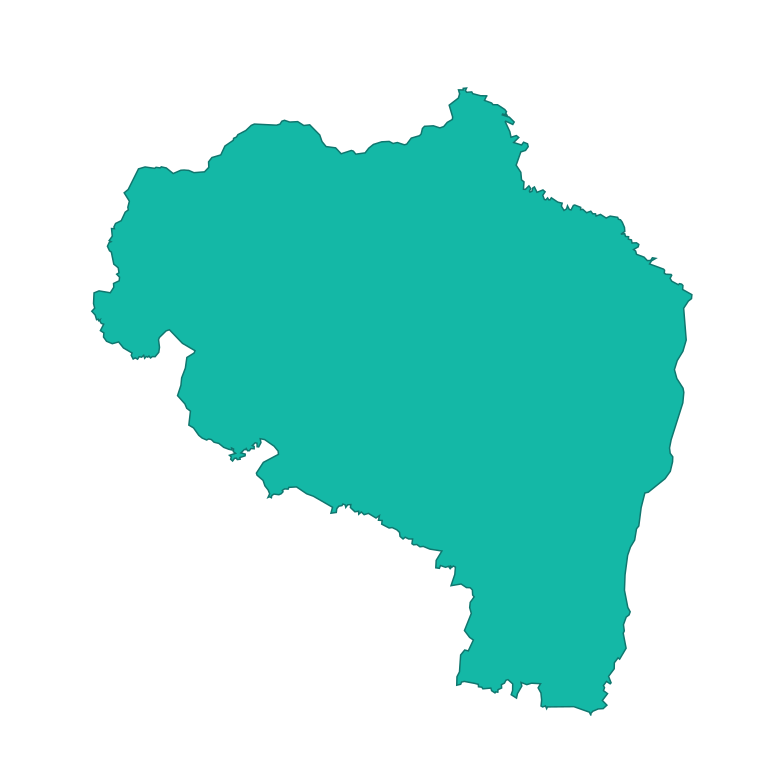 outline of Kuningan, Jawa Barat, Indonesia, rotated 187°
{"feature_id": "22746128B44289127403365", "entity_name": "Kuningan", "entity_type": "district", "adm_level": 2, "iso_a3": "IDN", "parent_name": "Indonesia", "parent_adm1": "Jawa Barat", "projection": "orthographic", "projection_center": [108.582, -6.988], "detail": "fine", "context": "isolated", "style": "filled", "palette": "teal", "viewbox_px": 768, "rotation_deg": 187, "n_neighbors": 0, "source": "geoboundaries", "source_scale": "gbopen_adm2", "svg_char_len": 6101}
<svg xmlns="http://www.w3.org/2000/svg" viewBox="0 0 768 768"><g transform="rotate(187 384 384)"><path d="M636.0,378.2L634.1,379.6L631.6,378.6L630.3,381.3L627.8,381.1L626.0,383.2L624.7,380.4L623.4,382.3L621.7,381.9L620.7,383.1L618.9,381.4L617.2,383.0L614.5,383.2L611.4,388.0L611.3,393.1L613.2,400.5L612.6,402.8L606.7,410.2L603.6,411.7L589.0,399.8L575.6,394.0L576.3,391.6L582.9,386.3L583.1,375.5L585.6,365.4L585.4,358.0L587.5,347.3L579.2,340.0L576.8,335.8L572.8,333.5L572.7,319.4L567.7,317.2L561.6,310.5L558.0,308.2L553.2,306.8L551.3,308.1L548.6,307.8L545.6,305.5L540.7,304.9L535.4,301.6L530.2,300.3L526.9,300.0L527.5,301.9L525.4,301.2L525.3,298.5L522.9,297.1L528.7,294.4L526.7,293.0L527.0,290.6L524.9,289.1L523.3,292.0L521.6,292.4L520.4,291.1L517.6,291.8L518.1,293.4L513.1,295.8L513.2,297.5L517.6,298.2L514.6,302.0L513.3,302.0L512.9,303.1L511.2,301.1L509.5,301.4L508.2,303.7L505.0,303.9L505.3,306.3L507.2,306.8L504.7,310.0L502.8,309.7L502.3,306.3L500.7,306.3L499.0,310.8L500.2,314.6L495.7,314.3L485.5,308.9L480.9,304.5L480.2,301.3L494.2,291.5L499.8,280.0L498.9,278.0L492.3,273.6L489.8,268.4L486.1,264.7L484.1,261.1L485.3,257.3L484.0,258.1L481.9,257.4L481.8,259.6L479.8,261.3L474.8,261.3L472.6,262.6L471.1,264.7L472.0,265.9L469.9,267.8L466.3,268.0L465.9,269.8L458.3,271.2L447.4,265.6L440.4,264.0L420.1,255.4L420.9,249.3L415.7,250.7L415.7,254.4L414.0,257.2L410.9,258.2L410.1,259.9L407.7,259.2L406.9,256.9L405.3,259.7L402.2,260.3L402.3,257.3L397.3,253.6L393.7,254.6L393.2,251.7L390.9,254.2L387.8,251.9L383.7,253.7L375.6,250.0L372.5,252.8L372.9,248.1L369.2,248.3L369.2,244.6L361.4,241.7L358.4,242.5L353.6,240.9L350.5,238.6L349.5,234.7L346.2,232.5L344.3,234.5L340.7,233.2L336.7,233.6L336.8,228.9L335.1,228.0L331.8,228.7L328.5,226.8L325.2,227.6L318.3,225.7L306.2,225.3L310.7,215.3L310.2,207.9L306.6,207.8L305.8,210.7L300.6,209.6L297.8,210.9L295.8,208.8L295.1,209.8L296.6,211.9L294.1,210.6L293.0,211.8L290.8,210.9L290.5,203.7L292.9,192.0L283.1,194.9L277.4,192.0L273.6,192.3L271.2,190.4L270.3,185.4L268.6,183.7L271.8,177.8L271.7,172.5L269.4,166.9L274.1,149.1L268.1,142.9L264.1,140.8L267.8,129.4L271.5,129.8L274.9,124.4L274.0,107.5L275.9,102.3L275.1,93.9L271.3,95.3L270.7,97.6L268.1,98.6L257.5,97.9L253.8,97.4L253.3,95.0L250.0,95.0L248.7,93.5L240.9,95.2L239.8,92.7L236.2,90.9L235.6,92.0L233.5,92.0L233.6,94.5L230.2,96.6L230.8,99.9L228.0,101.8L226.8,104.9L224.9,105.7L219.7,102.0L219.0,95.4L219.9,91.1L214.2,88.4L213.8,92.9L210.4,101.0L211.6,104.5L205.6,103.0L201.2,105.0L192.1,105.6L194.0,101.2L190.6,96.5L189.0,89.5L188.9,83.5L187.2,82.8L184.5,84.1L183.0,81.6L182.5,83.4L156.2,86.9L140.1,83.3L138.2,80.2L138.6,82.1L136.9,84.6L131.8,87.6L126.9,88.5L123.6,92.4L128.7,96.5L124.4,103.9L128.8,106.4L128.1,109.5L129.5,111.4L126.9,115.9L123.0,114.0L122.2,115.1L125.5,121.2L120.8,129.4L121.4,135.4L118.3,140.7L116.6,139.6L111.5,151.2L116.2,165.8L115.4,168.2L117.0,174.3L115.2,182.2L112.6,184.7L111.9,187.9L114.8,192.0L120.2,208.6L121.5,224.0L121.3,243.6L119.5,252.2L116.2,259.6L115.7,271.1L113.8,274.1L113.7,292.7L111.8,307.6L108.5,308.8L93.5,324.3L89.2,332.2L88.1,341.9L88.5,346.9L91.5,350.1L92.8,355.3L92.2,363.7L85.1,401.7L85.4,412.2L86.7,416.3L94.0,425.1L97.5,433.7L95.8,443.0L91.3,452.9L89.4,464.5L95.8,495.7L92.0,503.4L89.2,506.2L89.3,510.2L99.1,514.2L99.3,518.2L100.8,519.4L103.0,519.6L104.0,518.4L110.9,521.1L112.9,523.7L111.7,527.0L112.4,527.7L117.7,527.3L119.3,528.2L119.4,531.1L120.5,532.1L135.1,535.5L133.5,538.8L129.6,541.8L133.0,542.0L134.4,539.1L137.7,538.6L141.3,541.6L149.2,543.5L150.4,546.6L152.7,547.9L148.4,551.1L148.1,553.6L150.6,554.9L155.0,554.2L156.0,557.2L159.1,557.5L159.2,560.0L162.3,559.9L163.4,562.5L167.1,561.5L163.6,564.8L164.4,568.7L167.3,573.7L169.3,575.8L171.4,576.1L172.4,577.9L180.0,578.2L183.7,575.8L189.8,578.7L194.0,576.6L194.8,578.7L197.6,578.4L199.8,580.7L203.8,578.7L208.0,581.6L210.1,581.0L210.3,583.3L216.5,584.9L217.8,584.3L219.6,579.5L221.3,579.8L223.6,583.2L224.2,580.0L226.5,578.2L229.6,582.1L229.2,585.2L233.7,585.7L240.6,589.2L241.7,587.0L243.0,586.9L244.3,588.6L245.8,586.5L247.3,586.7L249.4,590.6L247.5,594.4L249.9,596.0L255.5,592.9L258.7,597.9L260.2,596.7L260.6,593.4L262.5,592.2L263.2,593.2L262.1,595.8L264.3,598.3L267.4,594.4L269.3,594.3L269.7,601.7L272.4,603.4L274.0,610.8L279.5,617.3L276.5,631.0L272.0,633.1L269.8,637.1L270.8,639.9L274.9,641.0L276.6,638.0L284.7,639.5L280.3,645.1L282.9,646.7L288.0,644.4L289.9,649.9L295.6,659.0L295.2,659.7L287.8,657.3L286.7,659.9L292.1,664.1L299.4,665.5L299.2,666.4L294.9,666.1L296.2,667.7L295.6,669.2L297.6,671.2L305.3,675.0L309.9,674.5L311.4,676.0L318.8,677.7L317.3,682.4L316.4,682.6L323.3,681.9L331.3,683.0L332.5,684.6L337.5,683.6L339.0,685.2L338.1,687.8L341.4,687.1L341.3,685.5L345.9,685.0L344.3,681.2L345.0,676.9L353.3,668.7L348.4,657.4L348.4,654.9L353.1,651.4L356.1,646.8L359.8,645.0L366.4,646.3L375.2,644.7L377.0,642.3L377.6,636.7L379.0,634.8L386.9,631.4L390.7,624.8L393.0,623.9L400.2,625.3L404.3,623.8L408.4,625.4L415.8,624.1L423.7,620.5L427.9,616.2L430.9,611.1L440.0,608.7L442.8,611.4L444.9,611.8L454.6,607.3L460.8,612.5L470.4,612.6L475.1,617.1L478.1,623.3L489.3,632.2L495.1,630.8L501.6,633.9L509.5,632.5L514.9,633.6L517.4,632.4L518.9,629.3L522.2,627.8L544.4,626.2L547.3,624.5L552.0,618.8L559.4,613.7L560.5,611.2L563.2,609.5L563.3,607.5L570.9,600.8L573.9,591.5L582.4,587.8L585.2,583.1L584.3,577.7L588.0,572.7L598.4,570.6L603.8,572.2L608.5,572.0L611.7,571.4L618.9,567.2L626.4,571.9L631.5,572.4L632.6,571.2L636.7,571.3L637.9,570.1L647.6,570.3L653.9,567.6L661.6,545.9L665.2,542.1L659.0,534.4L659.8,528.2L659.0,525.7L661.8,523.0L664.7,514.1L670.0,510.6L671.2,507.0L670.5,505.3L673.4,505.1L671.7,497.6L674.3,492.8L672.3,492.0L674.0,491.0L675.3,487.0L672.7,482.8L670.7,481.7L666.8,470.0L662.0,467.0L660.6,462.1L662.7,460.4L659.5,457.8L659.4,454.2L664.7,450.8L664.0,447.1L666.8,441.2L678.2,441.7L682.9,439.1L682.1,428.4L680.4,424.0L682.9,420.6L679.1,417.3L677.1,412.8L675.5,413.5L674.9,412.1L673.6,413.2L673.9,412.1L672.0,409.7L669.5,409.2L672.0,402.4L668.3,400.6L668.1,396.4L664.6,392.6L658.6,390.9L652.5,393.4L647.0,388.0L637.9,384.1L638.4,381.7L636.0,378.2Z" fill="#14b8a6" stroke="#0f766e" stroke-width="1.5"/></g></svg>